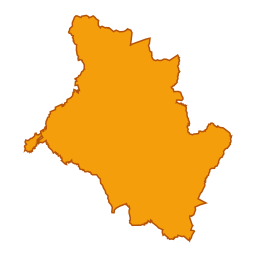 Tala, Jalisco, Mexico
{"feature_id": "50627088B29347766451470", "entity_name": "Tala", "entity_type": "district", "adm_level": 2, "iso_a3": "MEX", "parent_name": "Mexico", "parent_adm1": "Jalisco", "projection": "equal_earth", "projection_center": [-103.69, 20.61], "detail": "fine", "context": "isolated", "style": "filled", "palette": "amber", "viewbox_px": 256, "rotation_deg": 0, "n_neighbors": 0, "source": "geoboundaries", "source_scale": "gbopen_adm2", "svg_char_len": 5768}
<svg xmlns="http://www.w3.org/2000/svg" viewBox="0 0 256 256"><path d="M190.1,239.6L191.5,237.5L191.5,236.6L192.5,234.2L194.4,231.3L193.8,230.6L190.8,230.3L192.0,226.8L192.8,225.5L192.3,225.3L189.8,218.1L189.7,216.0L191.7,216.2L191.7,215.7L193.7,214.9L195.6,209.6L195.0,207.1L200.3,204.7L206.0,203.0L198.1,198.8L200.4,193.4L201.7,192.0L204.6,186.2L204.9,185.1L204.5,183.3L205.6,182.0L204.6,181.3L205.8,180.0L205.3,178.7L205.5,178.2L206.5,178.0L206.9,177.5L206.9,176.4L208.4,175.3L209.0,172.9L209.7,171.6L209.8,169.6L211.6,168.3L214.5,168.3L215.1,166.6L217.3,165.8L217.7,164.3L218.7,162.7L218.5,162.0L218.9,160.4L220.3,157.9L222.3,157.0L222.8,155.4L223.8,154.1L223.6,151.2L225.6,148.6L227.3,148.3L230.3,144.2L229.9,143.0L230.7,142.4L231.0,140.9L230.5,138.6L231.1,137.9L231.5,136.0L230.4,136.4L230.1,136.0L230.2,134.4L229.7,132.9L223.2,127.9L219.3,127.3L217.8,125.9L217.0,127.2L214.0,125.1L213.6,124.0L212.1,123.1L210.6,123.3L210.3,124.5L208.8,124.2L208.0,126.2L207.4,126.6L207.3,127.7L206.5,129.3L205.0,130.1L205.2,131.0L204.4,130.7L203.7,131.4L201.6,131.7L200.6,131.1L199.0,131.2L198.8,133.0L197.9,133.7L193.6,134.1L192.5,134.8L189.3,133.7L189.1,132.5L187.9,132.0L187.8,130.6L188.2,129.3L187.2,127.1L187.2,126.2L187.7,125.5L188.1,125.9L189.1,125.5L189.3,124.8L188.4,123.6L189.5,123.5L189.1,121.2L188.5,120.6L188.3,118.6L187.4,117.2L186.9,114.6L187.1,112.9L186.0,110.7L186.3,107.7L185.7,106.8L186.2,105.8L185.7,105.9L185.7,105.4L185.1,105.0L184.4,105.7L184.1,105.2L183.4,105.3L183.0,104.1L182.5,104.3L182.0,103.9L181.8,104.4L181.0,103.2L180.2,103.8L180.1,103.4L178.9,103.6L176.9,102.1L176.4,102.5L176.6,100.2L178.2,100.0L181.7,100.5L183.0,99.0L182.9,97.7L181.9,96.0L180.6,92.3L178.3,91.5L173.7,91.6L173.3,89.1L172.0,88.5L171.3,87.2L172.7,86.5L173.2,85.6L174.1,85.6L174.9,84.2L175.4,84.3L177.1,82.3L177.0,80.4L177.6,79.6L177.9,78.3L177.5,76.2L178.2,75.7L178.2,73.9L178.8,72.4L179.2,72.4L179.7,71.4L178.7,70.4L178.6,68.5L177.6,66.1L178.9,64.2L178.8,62.1L179.5,60.9L179.3,59.5L178.5,58.3L179.3,57.7L178.7,57.2L177.7,55.1L169.4,60.5L166.4,59.3L164.1,59.1L161.4,60.4L159.0,60.5L157.5,59.8L155.8,60.6L153.7,59.9L152.6,58.6L151.7,56.5L151.6,55.7L152.0,55.1L151.7,54.6L151.7,52.1L150.2,51.5L149.5,50.1L149.4,48.2L148.4,45.6L149.4,43.4L150.0,38.2L146.1,39.1L131.6,44.3L130.1,45.8L130.7,43.8L132.0,32.8L130.8,30.2L128.0,29.1L128.2,29.6L126.5,29.6L126.1,30.4L123.7,31.5L119.7,31.8L116.2,30.2L113.6,31.6L108.9,27.7L108.3,27.7L108.1,28.2L106.7,27.5L105.4,27.9L102.1,26.3L100.8,26.8L100.4,27.8L98.4,25.5L98.2,22.8L98.6,20.5L96.0,18.8L95.1,17.5L93.2,15.9L89.5,17.7L88.9,17.7L88.8,16.8L86.3,15.4L81.6,16.3L80.9,17.5L77.1,15.9L75.9,15.9L74.6,17.1L72.3,22.9L72.4,26.2L69.8,28.5L69.4,30.8L68.6,32.0L69.1,33.1L70.7,33.4L71.8,35.4L73.3,35.7L73.2,36.6L72.5,37.6L73.3,38.6L73.3,41.7L73.7,39.8L73.8,41.9L74.7,43.7L76.6,44.8L76.4,49.9L77.2,54.9L78.5,56.5L78.0,58.3L78.4,60.4L79.1,60.3L79.7,59.4L82.2,60.4L82.1,61.3L83.3,62.8L84.3,65.0L84.2,68.3L84.5,69.0L84.0,69.1L83.0,71.0L81.8,71.7L80.1,75.4L78.9,75.6L78.5,76.7L77.4,77.6L75.0,78.8L75.3,79.3L76.3,79.2L76.8,81.3L75.5,81.4L75.1,85.5L77.7,85.0L79.5,90.6L78.1,90.6L78.2,92.9L77.0,92.2L77.4,90.3L76.1,90.9L75.7,90.2L74.0,89.5L73.8,91.0L74.2,91.9L73.1,92.3L72.6,95.7L70.7,97.9L67.2,99.5L66.7,102.3L64.6,103.1L64.7,104.6L63.4,104.8L63.5,105.9L62.2,106.5L61.9,104.3L55.3,107.3L55.5,109.5L50.2,111.8L50.4,114.0L49.0,114.6L49.3,116.7L48.0,117.2L47.5,117.9L47.0,119.9L46.6,120.1L46.1,121.8L45.8,123.8L46.3,126.0L46.2,128.8L45.8,129.2L45.5,126.8L44.9,127.2L45.0,128.6L43.5,129.5L43.8,130.8L43.2,131.3L42.8,129.9L40.6,131.3L40.7,132.6L41.1,133.1L40.6,133.5L38.3,134.9L36.6,134.6L36.1,133.2L35.2,133.4L34.5,136.1L32.1,138.2L30.6,138.5L28.5,140.4L26.7,140.5L25.9,140.0L25.1,141.8L25.4,143.0L26.4,143.9L26.5,144.5L25.0,145.5L24.5,146.8L25.3,148.2L24.8,150.5L25.1,150.2L26.5,150.6L27.9,151.9L29.4,151.4L30.0,151.5L30.0,152.0L30.4,151.6L30.9,152.0L31.0,151.4L31.7,151.4L31.6,150.9L32.4,151.0L32.5,149.1L33.7,147.6L34.2,148.7L35.1,148.1L34.5,147.1L36.6,145.7L36.2,145.0L36.7,144.5L36.5,144.0L37.4,143.5L37.1,141.7L37.4,141.4L37.3,139.7L41.1,136.5L41.5,135.3L42.8,137.5L38.8,140.4L39.0,141.2L37.4,143.4L38.4,143.8L38.8,143.1L40.8,142.2L42.5,142.8L46.1,140.5L46.2,142.7L46.9,142.6L46.8,144.2L48.0,144.2L48.1,145.7L48.7,145.7L48.7,147.2L52.1,150.4L53.4,153.1L55.2,152.0L55.9,153.4L56.5,153.0L56.8,154.2L57.7,153.8L58.4,156.1L60.1,155.4L60.7,157.8L61.6,157.5L62.1,160.3L61.5,160.5L64.8,163.7L65.6,163.7L65.6,164.2L66.6,164.5L66.1,162.3L68.9,161.9L68.7,162.8L69.9,162.4L71.6,160.2L71.9,162.0L72.8,162.8L74.5,163.7L75.6,163.6L76.8,164.6L77.6,164.0L78.3,164.3L78.7,165.2L78.4,166.2L79.3,166.9L79.8,168.9L80.2,169.3L82.3,169.5L83.0,170.3L83.6,169.8L85.0,171.8L88.1,171.4L89.3,172.2L90.2,172.1L91.0,173.0L91.0,173.7L92.4,174.7L96.5,174.7L97.0,175.1L98.7,177.6L100.2,178.8L100.7,183.3L102.3,185.0L103.2,186.7L103.2,187.4L105.3,191.0L105.7,193.2L108.0,195.8L108.1,197.1L107.7,198.2L108.7,200.0L108.9,202.2L111.0,204.7L112.3,207.3L111.8,212.1L112.1,212.7L114.1,212.7L114.3,210.2L116.1,208.2L119.6,206.2L124.9,204.2L125.5,204.0L126.1,204.8L126.6,204.8L126.7,204.3L127.7,206.1L129.1,206.2L129.0,207.5L129.6,207.9L129.7,209.2L129.1,210.2L129.1,213.0L130.2,217.3L130.3,220.0L129.6,220.5L130.0,221.2L129.6,222.8L131.0,223.8L132.1,225.3L140.9,225.2L142.0,224.4L144.3,224.9L144.3,223.9L144.9,224.2L145.2,223.1L146.6,223.5L146.8,222.4L147.6,222.6L148.1,220.8L150.2,222.4L150.7,220.0L151.9,221.0L151.7,222.0L157.0,226.1L158.6,227.9L162.9,229.8L162.4,230.6L162.2,232.1L163.1,235.3L164.4,234.2L165.1,235.2L167.3,236.9L167.5,238.1L168.0,237.6L169.6,239.3L171.4,238.9L173.4,239.3L173.6,238.3L174.4,238.4L174.5,237.3L177.6,237.0L178.0,235.3L182.0,236.6L183.9,236.2L188.3,240.1L188.9,239.7L189.5,240.6L189.7,238.9L190.1,239.6Z" fill="#f59e0b" stroke="#b45309" stroke-width="1.5"/></svg>